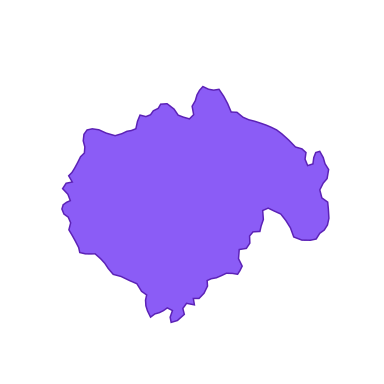 the district of Matias Barbosa, Minas Gerais, Brazil, rotated 322°
{"feature_id": "56859067B96954562093001", "entity_name": "Matias Barbosa", "entity_type": "district", "adm_level": 2, "iso_a3": "BRA", "parent_name": "Brazil", "parent_adm1": "Minas Gerais", "projection": "equal_earth", "projection_center": [-43.306, -21.87], "detail": "fine", "context": "isolated", "style": "filled", "palette": "violet", "viewbox_px": 384, "rotation_deg": 322, "n_neighbors": 0, "source": "geoboundaries", "source_scale": "gbopen_adm2", "svg_char_len": 1960}
<svg xmlns="http://www.w3.org/2000/svg" viewBox="0 0 384 384"><g transform="rotate(322 192 192)"><path d="M132.0,280.2L139.1,279.2L146.3,275.7L149.4,271.1L153.8,272.2L158.4,274.6L163.7,276.0L169.1,277.2L173.8,281.1L177.3,284.9L181.3,283.5L185.9,281.3L187.6,273.2L193.8,266.4L200.1,269.9L206.1,267.9L210.3,262.1L215.6,261.0L221.2,264.9L225.6,261.3L231.3,257.6L236.3,250.1L242.1,251.6L245.3,258.1L248.4,264.0L248.4,272.2L247.5,280.8L244.5,290.1L249.0,297.6L255.6,302.9L260.9,305.5L267.2,303.2L272.8,303.4L278.4,301.4L283.7,297.0L286.4,293.1L289.2,289.0L292.7,283.5L290.7,276.6L294.0,269.0L300.8,265.8L306.7,264.6L310.0,261.6L313.5,258.4L314.2,251.6L316.6,245.7L317.7,238.6L313.8,237.1L309.2,239.8L304.6,244.3L299.4,242.4L301.3,235.7L306.1,231.1L305.2,225.7L301.2,220.2L300.2,210.7L298.6,201.6L296.9,195.2L294.3,189.8L291.7,185.1L288.9,180.7L285.0,174.9L281.2,170.0L278.2,164.5L276.5,156.9L272.1,153.1L274.5,144.2L275.9,136.2L276.5,127.7L271.8,125.1L268.3,121.2L265.5,115.6L260.6,116.5L255.8,118.5L250.8,122.1L244.9,124.5L240.9,132.1L235.0,132.8L231.3,127.7L228.4,122.9L228.9,115.6L226.7,107.1L221.4,103.5L216.9,105.3L211.5,104.2L206.9,105.6L202.1,104.2L198.4,99.4L192.6,102.7L186.7,107.6L182.0,106.2L178.1,104.1L172.7,102.9L166.1,100.3L160.6,92.7L156.9,85.6L152.3,80.8L147.5,78.5L142.4,80.0L137.8,84.7L135.3,90.5L131.2,95.0L125.9,95.6L119.6,98.6L114.3,100.9L109.5,102.7L104.8,103.3L103.8,110.4L98.2,107.6L92.1,109.7L92.8,117.4L90.8,123.9L86.9,122.9L82.7,122.7L79.0,125.3L77.5,130.6L79.0,135.6L77.4,141.6L71.7,146.0L70.8,153.0L69.9,158.6L68.5,166.0L66.3,170.6L69.9,175.1L73.9,178.3L77.6,181.1L78.9,188.3L79.4,194.5L78.9,200.7L79.2,208.4L84.1,214.9L88.4,223.6L92.1,230.4L91.1,239.2L92.9,245.2L88.8,248.6L85.6,253.3L83.8,258.1L82.3,265.1L87.6,265.2L92.1,267.0L96.5,267.9L101.2,268.1L103.6,273.4L97.7,277.2L95.3,281.9L101.4,284.3L110.6,283.7L113.1,278.1L119.2,276.4L124.4,282.4L127.5,276.7L132.0,280.2Z" fill="#8b5cf6" stroke="#5b21b6" stroke-width="1.5"/></g></svg>